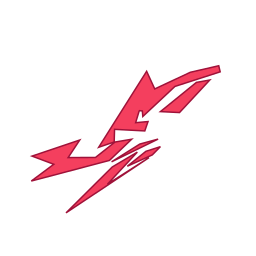 an SVG outline of Nunavut, rotated 147°
{"feature_id": "CAN-634", "entity_name": "Nunavut", "entity_type": "Territory", "adm_level": 1, "iso_a3": "CAN", "parent_name": "Canada", "parent_adm1": "", "projection": "equal_earth", "projection_center": [-85.605, 67.518], "detail": "coarse", "context": "isolated", "style": "filled", "palette": "rose", "viewbox_px": 256, "rotation_deg": 147, "n_neighbors": 0, "source": "natural_earth", "source_scale": "10m", "svg_char_len": 719}
<svg xmlns="http://www.w3.org/2000/svg" viewBox="0 0 256 256"><g transform="rotate(147 128 128)"><path d="M66.0,137.3L109.3,129.6L106.7,134.5L108.9,136.3L109.6,136.0L118.7,128.3L107.7,122.5L115.5,116.4L140.0,134.2L147.2,123.8L163.1,127.8L81.5,165.4L84.3,146.2L45.4,140.8L18.0,130.8L20.1,124.9L66.0,137.3ZM194.3,135.8L171.3,121.0L146.5,123.3L131.1,116.6L161.2,110.9L238.0,136.2L210.0,138.0L223.8,156.7L175.0,144.2L194.3,135.8ZM226.2,90.6L162.4,103.9L133.3,102.7L175.8,92.1L126.5,91.7L226.2,90.6ZM33.3,123.7L76.4,112.9L91.9,124.1L45.8,129.0L33.3,123.7ZM111.0,94.7L122.3,92.2L149.4,96.3L125.7,98.7L111.0,94.7ZM108.8,102.3L160.2,108.6L126.8,108.1L108.8,102.3Z" fill="#f43f5e" stroke="#9f1239" stroke-width="1.5"/></g></svg>